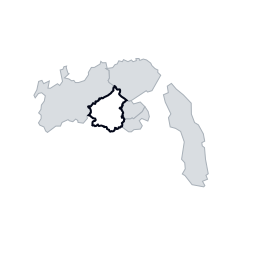 map of Belarus with Sweden, Ukraine, Poland and 2 others greyed out, rotated 138°
{"feature_id": "BLR", "entity_name": "Belarus", "entity_type": "country or territory", "adm_level": 0, "iso_a3": "BLR", "parent_name": "Europe", "parent_adm1": "", "projection": "orthographic", "projection_center": [28.129, 53.705], "detail": "fine", "context": "with_neighbors", "style": "outline", "palette": "ink", "viewbox_px": 256, "rotation_deg": 138, "n_neighbors": 5, "source": "natural_earth", "source_scale": "50m", "svg_char_len": 6283}
<svg xmlns="http://www.w3.org/2000/svg" viewBox="0 0 256 256"><g transform="rotate(138 128 128)"><path d="M64.4,104.2L71.6,95.9L74.9,87.5L73.6,83.2L75.9,73.3L79.8,66.9L83.0,67.7L84.8,65.0L84.3,62.2L91.4,52.8L99.0,40.3L101.7,40.7L103.2,36.7L108.3,38.6L109.4,33.8L111.1,33.6L118.3,43.0L117.5,54.5L118.4,57.5L112.8,59.3L109.1,64.2L109.1,68.9L95.5,80.0L91.2,90.2L92.9,95.9L95.9,100.6L91.0,108.6L86.7,109.8L83.0,122.3L79.4,129.0L74.4,127.3L70.8,132.8L65.9,132.1L66.1,124.7L64.7,115.5L64.4,104.2Z" fill="#d9dde1" stroke="#a8b0b8" stroke-width="1"/><path d="M168.6,212.0L171.4,213.6L176.8,212.5L176.0,215.3L170.3,217.3L163.2,222.4L160.1,221.0L161.0,217.4L155.0,215.6L160.8,211.2L159.2,209.5L150.8,208.1L150.3,205.3L145.5,206.4L139.6,216.5L137.1,215.2L134.6,216.4L132.2,215.1L133.5,214.2L135.9,209.1L135.5,207.8L141.7,207.8L139.1,204.0L138.3,200.8L136.4,199.6L136.7,197.0L134.4,194.9L128.5,192.3L121.7,194.0L120.3,195.8L114.7,197.5L112.4,195.5L106.0,194.2L103.6,195.7L103.4,193.6L100.7,191.3L103.5,186.4L104.6,186.9L103.5,183.4L108.5,177.4L111.0,176.6L111.6,174.5L109.6,167.6L111.9,167.5L114.6,165.5L123.1,166.3L133.9,169.5L135.7,168.1L137.0,169.9L143.3,170.1L143.4,166.3L144.8,164.5L150.7,164.1L151.8,162.3L158.0,161.5L161.4,165.6L160.3,167.2L160.9,169.6L164.8,169.6L166.8,172.7L166.9,174.3L173.3,176.3L176.9,174.6L180.4,177.7L190.8,178.6L191.2,180.8L189.8,185.1L191.6,189.1L191.1,191.7L186.3,193.1L184.0,195.6L184.3,199.0L180.2,200.1L177.0,203.0L172.2,204.0L167.9,207.3L168.6,212.0Z" fill="#d9dde1" stroke="#a8b0b8" stroke-width="1"/><path d="M110.5,149.7L110.5,153.1L111.6,156.1L111.4,159.2L108.5,160.5L111.6,174.5L111.0,176.6L108.5,177.4L103.5,183.4L104.6,186.9L99.0,183.1L95.3,183.8L93.1,182.8L89.9,184.1L87.8,181.1L85.6,181.8L83.6,177.3L80.0,176.3L79.9,173.9L76.7,172.5L75.7,174.3L73.3,172.3L74.0,170.3L70.5,169.0L68.7,166.2L67.7,161.0L68.5,158.4L68.2,154.1L67.0,151.1L68.7,149.4L68.4,145.3L85.2,139.7L89.4,141.6L89.5,143.5L107.4,146.2L109.6,147.2L110.5,149.7Z" fill="#d9dde1" stroke="#a8b0b8" stroke-width="1"/><path d="M124.5,137.2L124.8,140.6L121.1,143.0L119.9,147.3L114.9,150.0L110.5,149.7L109.6,147.2L107.4,146.2L107.8,142.2L101.5,139.1L101.2,132.5L106.3,130.6L117.6,131.1L118.2,132.7L120.4,133.3L124.5,137.2Z" fill="#d9dde1" stroke="#a8b0b8" stroke-width="1"/><path d="M128.1,122.9L130.1,124.7L131.8,133.0L124.5,137.2L120.4,133.3L118.2,132.7L117.6,131.1L106.3,130.6L101.2,132.5L102.0,126.8L104.5,122.2L108.6,119.9L111.4,125.9L114.8,125.9L115.9,120.1L119.5,118.9L124.7,122.8L128.1,122.9Z" fill="#d9dde1" stroke="#a8b0b8" stroke-width="1"/><path d="M148.8,163.9L147.9,163.9L146.8,163.9L146.2,164.4L145.6,164.2L145.1,164.5L144.5,165.2L144.1,165.7L143.7,166.3L143.6,166.7L143.3,167.3L143.1,168.0L143.2,168.5L143.5,169.0L143.5,169.5L143.6,169.8L143.4,170.1L143.2,170.6L142.8,170.5L142.2,170.1L142.1,169.6L141.6,169.2L141.3,169.0L140.9,169.0L140.1,169.2L139.2,169.3L138.4,169.4L138.0,169.6L137.4,169.8L137.2,169.6L136.9,168.9L136.6,168.3L136.4,168.0L136.2,167.9L136.0,168.0L135.8,168.2L135.7,168.4L135.4,168.4L135.0,168.6L134.8,168.9L134.5,169.4L134.3,169.4L134.1,169.3L133.8,168.6L133.5,168.5L133.0,168.5L132.4,168.3L131.8,168.1L131.7,168.2L131.4,168.4L131.0,168.5L130.3,168.2L130.1,168.3L130.0,168.7L129.7,169.1L129.4,169.0L129.5,168.4L129.1,168.2L128.3,168.1L127.8,168.2L127.6,168.2L126.9,167.0L126.6,166.9L126.0,166.9L125.1,166.8L124.1,166.5L123.6,166.4L123.3,166.2L122.7,166.1L121.1,165.6L120.5,165.5L119.5,165.5L118.0,165.3L117.0,165.3L116.6,165.5L116.1,165.5L115.2,165.6L114.9,165.5L114.3,165.6L113.7,165.6L113.5,165.9L113.3,166.3L112.5,167.1L111.7,167.7L111.2,167.4L110.9,167.3L110.5,167.2L110.2,167.3L110.0,168.1L109.9,168.1L109.7,167.3L109.7,166.6L109.9,166.2L110.2,165.9L110.1,165.3L110.4,164.6L110.4,164.1L110.3,163.9L110.2,163.6L109.7,163.3L109.5,163.1L108.9,162.7L108.4,162.3L108.3,162.1L108.3,161.9L108.4,161.7L108.9,161.0L109.5,160.4L109.8,160.1L111.6,159.4L111.9,159.1L112.0,158.6L112.0,158.2L112.0,157.5L111.9,156.6L111.9,155.9L111.6,154.7L110.9,152.1L110.5,149.5L110.9,149.6L111.7,149.8L112.3,149.6L112.6,149.6L112.9,149.7L113.3,149.6L113.7,149.6L113.9,149.8L114.3,150.1L115.0,149.8L115.7,149.5L116.4,149.5L116.5,149.3L116.7,148.4L116.9,148.2L117.7,148.4L118.0,148.2L118.3,147.8L118.8,147.5L119.2,147.5L119.6,147.2L119.8,147.4L119.9,147.8L119.7,148.1L119.8,148.2L120.1,148.4L120.5,148.4L120.9,148.3L120.9,148.1L120.9,147.8L120.9,147.5L120.7,147.2L120.3,147.1L120.0,147.1L120.0,146.9L120.1,146.6L120.4,145.9L120.7,145.4L120.9,145.2L120.9,144.6L120.9,144.0L121.2,143.1L121.5,142.4L122.0,142.2L122.6,142.1L123.0,141.8L123.1,141.5L123.2,141.2L123.3,140.9L123.5,140.8L124.9,140.9L125.1,140.3L125.2,140.2L125.5,140.0L125.6,139.8L125.6,139.7L125.2,139.6L124.4,139.5L124.3,139.3L124.3,139.0L124.6,138.5L124.8,137.7L124.9,137.1L124.9,136.8L125.0,136.7L125.7,136.6L125.9,136.5L126.5,135.7L126.9,135.6L128.0,135.8L128.5,135.8L129.2,135.8L129.3,135.7L129.5,135.0L129.7,134.7L130.6,133.7L131.2,133.3L131.5,133.2L132.3,133.9L132.7,133.6L132.8,133.6L133.5,133.6L133.8,133.8L134.0,134.3L134.2,134.6L134.5,134.7L135.1,134.3L135.5,134.1L136.6,134.5L137.0,134.7L137.1,134.9L137.1,135.2L137.0,135.5L136.9,135.9L137.2,136.4L137.5,136.7L138.1,136.1L138.3,136.0L138.6,136.0L138.9,135.8L139.2,135.5L139.4,135.4L139.9,135.4L140.7,135.3L141.7,135.8L141.8,135.9L142.3,136.4L142.4,136.7L142.6,136.7L142.9,137.0L143.2,137.1L143.5,137.1L143.7,137.4L143.7,137.7L143.7,138.7L143.6,139.0L143.4,139.2L143.3,139.4L143.4,139.6L143.7,140.0L144.0,140.7L144.1,141.1L144.2,141.3L143.7,142.2L143.5,142.4L143.4,142.8L143.4,143.3L144.3,144.1L144.9,144.4L145.1,144.6L144.8,145.4L144.8,145.6L145.3,145.9L145.6,146.4L145.8,147.1L146.3,147.8L147.4,148.4L148.1,148.8L148.3,149.0L148.3,149.8L148.2,150.4L148.1,150.7L148.4,150.9L149.2,150.8L150.1,150.8L151.3,151.5L151.3,151.8L151.2,152.0L151.3,152.3L151.4,152.6L152.5,153.3L152.6,153.5L152.6,153.9L152.6,154.1L152.3,154.2L152.0,154.3L151.6,154.7L151.4,155.2L150.6,155.9L150.1,156.2L149.7,156.2L148.8,156.1L148.4,155.8L148.3,155.6L147.9,155.4L147.4,155.5L146.8,155.5L146.6,155.6L146.5,156.0L146.3,156.6L146.1,156.9L146.3,157.1L146.6,157.6L147.0,158.1L147.4,158.6L147.6,158.9L147.6,159.1L147.4,159.3L147.5,159.8L147.9,160.5L147.8,161.4L147.8,162.3L147.9,162.5L148.2,162.7L148.4,163.0L148.7,163.7L148.8,163.9Z" fill="none" stroke="#020617" stroke-width="2"/></g></svg>